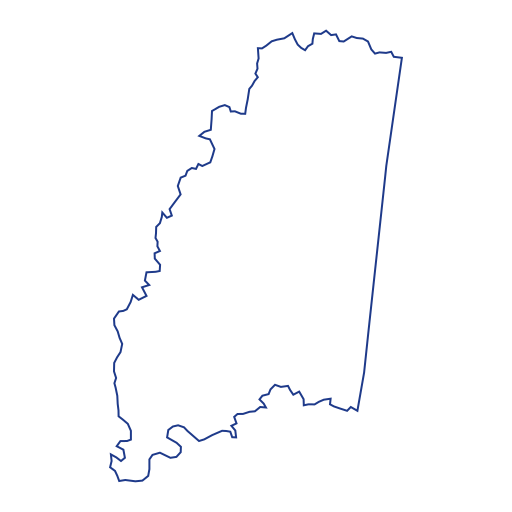 the district of Mariluz, Paraná, Brazil
{"feature_id": "56859067B28050062371574", "entity_name": "Mariluz", "entity_type": "district", "adm_level": 2, "iso_a3": "BRA", "parent_name": "Brazil", "parent_adm1": "Paraná", "projection": "natural_earth1", "projection_center": [-53.245, -24.055], "detail": "fine", "context": "isolated", "style": "outline", "palette": "blue", "viewbox_px": 512, "rotation_deg": 0, "n_neighbors": 0, "source": "geoboundaries", "source_scale": "gbopen_adm2", "svg_char_len": 2462}
<svg xmlns="http://www.w3.org/2000/svg" viewBox="0 0 512 512"><path d="M119.2,481.0L125.3,480.0L135.4,481.3L142.4,480.6L148.2,475.9L149.4,469.2L149.4,459.4L152.5,454.9L159.9,452.7L170.4,457.8L176.4,456.9L180.7,452.2L180.9,446.8L176.6,442.8L167.1,437.4L168.3,430.0L172.9,426.5L178.1,425.3L184.0,427.3L187.5,431.0L199.0,441.0L204.2,439.4L212.4,435.0L222.1,430.8L226.2,431.0L230.3,431.7L232.2,437.2L236.1,437.4L235.3,430.5L231.4,425.8L236.5,423.4L234.2,416.9L237.5,414.0L243.1,413.9L249.5,411.8L254.9,411.3L260.2,407.0L265.9,407.5L263.7,403.6L259.5,399.4L262.4,395.7L268.6,394.1L270.5,389.4L275.0,384.8L280.9,386.9L288.0,385.9L290.1,390.0L293.3,394.7L299.2,391.6L303.6,399.2L303.8,405.3L308.5,404.3L314.6,404.4L318.9,401.8L323.8,399.7L330.6,398.7L330.0,404.3L333.9,406.4L339.4,408.3L347.1,410.8L350.8,407.0L357.4,410.8L364.1,372.6L368.5,331.0L377.6,246.8L385.0,178.3L386.3,165.8L401.9,57.8L393.8,56.8L391.2,51.8L386.1,52.9L379.5,52.4L375.0,53.6L371.3,49.4L368.0,41.5L362.9,38.6L356.7,38.0L351.7,36.4L343.7,41.5L339.3,41.1L336.0,34.4L331.1,35.1L326.1,30.7L321.0,33.9L314.2,33.4L312.8,39.1L312.4,43.7L308.0,46.2L305.1,50.2L301.2,47.9L297.7,44.6L294.9,39.3L292.3,33.1L284.3,38.3L276.9,39.7L271.7,41.3L266.2,45.7L262.0,48.4L257.9,48.2L258.6,58.5L257.1,63.5L257.5,68.7L255.4,73.6L257.8,77.2L254.6,81.0L252.0,85.7L249.3,88.9L247.7,99.4L246.0,107.8L245.2,113.8L240.8,113.7L234.9,111.3L230.8,111.5L229.4,107.1L224.8,105.1L219.2,106.8L212.0,111.0L211.6,119.2L210.8,129.8L204.4,131.8L199.3,135.9L205.8,138.4L209.9,139.3L214.5,149.0L212.4,156.3L210.3,162.3L202.3,166.0L198.4,164.0L196.0,168.9L191.8,168.0L187.3,170.9L185.5,175.7L180.7,177.6L177.8,186.0L180.6,194.4L175.1,201.7L169.6,209.1L171.8,215.6L166.9,217.8L162.3,212.5L161.8,217.0L159.9,223.2L156.2,226.9L156.0,233.3L155.5,238.0L157.6,241.7L157.4,246.3L159.9,251.0L154.6,253.3L154.8,258.6L160.1,264.8L159.7,271.0L155.6,271.8L146.5,272.3L144.9,280.6L149.2,285.0L142.0,287.3L144.2,291.5L146.5,295.9L138.7,299.8L132.9,294.9L130.6,302.1L126.8,309.3L123.3,310.9L118.9,311.5L114.0,318.6L114.4,325.2L117.7,331.4L119.6,337.9L122.2,343.9L120.5,352.1L117.1,357.3L114.2,362.9L114.0,371.4L116.1,378.0L114.4,383.2L115.6,387.6L117.3,395.8L117.7,403.9L118.5,410.5L118.6,416.3L122.6,419.4L127.8,423.8L130.9,430.8L130.9,439.6L127.1,441.0L120.4,441.1L116.7,446.2L123.4,449.7L124.9,457.8L121.0,461.0L116.3,457.4L110.9,454.4L111.6,461.0L110.1,467.3L115.0,470.9L117.3,475.8L119.2,481.0Z" fill="none" stroke="#1e3a8a" stroke-width="2"/></svg>